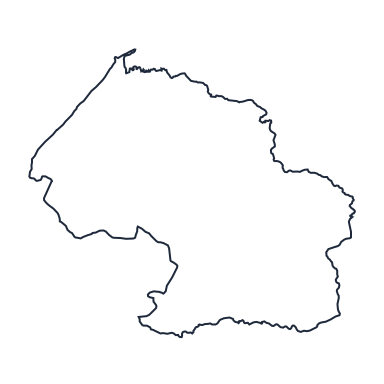 Liúpo, Nampula, Mozambique, rotated 177°
{"feature_id": "85939544B62807674730552", "entity_name": "Liúpo", "entity_type": "district", "adm_level": 2, "iso_a3": "MOZ", "parent_name": "Mozambique", "parent_adm1": "Nampula", "projection": "albers", "projection_center": [40.01, -15.693], "detail": "fine", "context": "isolated", "style": "outline", "palette": "slate", "viewbox_px": 384, "rotation_deg": 177, "n_neighbors": 0, "source": "geoboundaries", "source_scale": "gbopen_adm2", "svg_char_len": 5901}
<svg xmlns="http://www.w3.org/2000/svg" viewBox="0 0 384 384"><g transform="rotate(177 192 192)"><path d="M251.9,319.4L252.6,320.2L252.9,321.4L253.1,328.3L252.4,330.9L251.3,331.6L247.1,332.4L244.7,334.1L243.1,334.4L241.7,335.7L241.2,337.2L242.0,337.4L247.1,335.3L249.6,334.0L253.5,332.5L258.9,329.6L261.1,330.8L261.8,330.6L262.2,329.5L261.7,327.8L261.9,325.8L264.0,323.5L265.9,320.6L267.5,319.2L273.0,311.2L275.6,308.2L282.3,301.9L287.1,298.2L295.4,288.5L298.9,286.3L302.4,282.9L303.1,281.0L305.3,279.0L307.8,275.3L314.8,268.9L317.1,266.1L323.6,260.9L323.9,261.0L327.9,256.6L336.0,249.9L343.6,242.4L347.1,236.2L350.1,233.2L350.2,230.1L350.9,227.0L350.9,223.3L352.7,220.7L353.6,215.9L352.9,214.7L351.3,214.1L349.4,213.9L348.1,212.9L347.6,211.9L346.3,211.2L342.8,211.9L342.0,212.4L340.9,215.2L340.2,215.5L337.3,215.2L334.5,213.3L332.7,212.5L331.5,211.0L331.3,210.0L331.8,209.7L340.1,193.6L340.1,191.5L338.1,188.8L335.8,186.4L331.2,182.6L327.3,178.0L326.5,176.2L325.5,172.3L325.5,169.5L324.2,168.9L319.7,164.7L318.3,160.7L315.9,158.4L313.8,157.1L311.7,153.4L311.0,152.8L305.5,151.5L303.3,152.7L298.2,154.4L295.1,155.1L294.1,155.5L293.5,156.3L290.3,156.5L286.3,158.2L282.3,158.2L280.1,157.0L277.1,153.5L273.9,150.8L272.6,150.4L266.0,149.8L260.2,148.7L253.1,148.6L251.4,149.2L251.0,149.8L250.3,152.2L248.8,155.6L248.5,159.0L247.9,160.3L244.0,158.0L240.6,154.7L236.9,152.9L235.1,150.3L230.0,144.7L228.4,143.6L226.0,143.4L223.2,142.5L218.8,139.9L217.8,136.8L217.1,124.8L216.6,124.0L213.9,122.4L211.1,120.1L210.5,119.0L210.8,117.4L216.2,107.9L222.0,99.7L223.4,94.4L225.1,92.6L226.0,92.0L227.5,93.1L228.9,93.4L229.5,93.9L235.5,94.8L239.5,93.7L241.4,91.9L241.3,90.2L239.7,89.1L236.1,88.1L236.2,84.6L233.7,80.8L233.5,79.6L234.0,78.0L235.0,77.0L241.1,71.6L244.0,70.4L251.8,70.0L250.9,67.6L251.0,65.4L248.6,61.7L247.5,61.1L244.0,60.9L240.9,59.0L240.1,56.9L238.4,56.5L230.9,52.4L228.1,52.6L224.1,51.7L219.5,52.5L217.5,51.6L215.7,49.9L213.3,50.0L212.8,48.7L211.8,47.9L209.9,47.6L209.4,49.1L209.4,50.8L208.7,52.3L208.0,52.8L206.2,53.1L205.4,52.9L204.2,51.8L203.4,51.6L200.4,51.7L199.2,50.7L197.9,52.0L197.9,53.1L195.8,55.8L195.7,56.3L194.9,56.9L193.4,57.1L192.2,58.1L192.3,58.9L191.5,59.3L189.6,58.7L188.2,58.7L186.3,59.4L182.6,59.5L180.7,59.8L179.0,58.7L175.3,58.5L173.4,59.5L171.1,62.5L170.0,63.1L166.9,64.2L161.2,64.7L157.7,63.1L157.3,61.6L155.5,59.9L153.4,59.5L152.4,58.6L151.7,59.3L152.0,59.9L151.6,60.6L149.9,60.6L148.3,61.4L147.4,60.7L146.8,58.8L146.0,58.2L143.1,58.5L141.7,56.7L137.4,58.6L134.4,58.9L130.5,57.6L129.6,56.9L128.9,57.1L128.9,58.5L126.5,59.0L124.6,57.5L122.1,56.7L119.0,54.1L117.4,54.0L115.0,55.5L113.7,55.3L110.7,52.4L108.1,51.8L106.1,52.9L104.7,52.7L102.8,50.6L101.7,50.0L101.1,50.0L100.0,50.9L99.2,52.7L98.1,53.4L97.1,53.2L95.5,51.5L94.6,49.2L93.5,47.7L90.7,46.6L87.4,47.6L84.7,47.0L81.7,47.4L75.0,50.3L74.0,51.1L73.9,52.4L72.1,54.1L69.8,54.9L65.1,55.5L60.1,57.5L55.3,60.1L51.2,61.2L50.7,62.9L51.8,65.1L52.4,67.2L52.6,72.5L51.0,78.4L50.9,80.7L51.8,82.4L52.6,85.6L52.2,86.9L50.3,88.8L49.7,91.2L50.1,93.0L52.0,93.9L52.6,94.7L53.0,96.3L52.9,97.1L50.8,99.9L51.3,102.0L51.1,105.7L52.0,107.8L53.3,108.3L54.9,110.0L55.5,111.2L55.8,114.5L56.5,115.1L58.0,117.4L59.4,118.6L59.9,119.4L60.1,120.4L61.0,121.3L61.1,124.8L58.7,127.9L48.9,130.5L47.3,131.6L45.7,134.3L42.6,136.4L40.7,137.2L36.7,137.6L35.6,138.3L35.3,143.9L36.9,154.0L35.8,156.6L33.2,158.6L35.1,159.4L35.2,160.2L33.5,160.8L33.0,161.9L31.4,162.3L31.0,163.2L30.4,163.7L30.5,164.8L31.2,165.7L31.9,166.1L32.4,166.9L33.5,167.4L35.3,169.8L35.0,170.8L32.9,172.2L32.3,174.3L31.1,175.1L30.9,175.8L31.8,177.2L31.7,178.4L32.1,179.0L34.7,179.7L36.3,181.0L38.0,181.2L39.4,181.9L39.7,183.0L40.8,183.5L41.7,184.5L41.3,186.1L41.8,187.6L44.6,188.8L45.5,190.5L47.4,190.9L48.7,190.4L49.9,190.8L51.3,193.1L52.3,195.8L53.4,196.4L55.0,197.7L56.3,199.9L59.2,200.0L61.6,200.8L62.9,202.1L64.5,202.5L65.9,203.7L68.7,204.8L72.2,204.9L74.4,206.0L75.3,208.4L78.4,208.3L81.7,207.2L83.2,206.4L85.3,206.9L90.3,207.0L92.8,208.4L94.1,208.2L96.1,206.8L98.1,207.1L99.3,208.6L99.7,210.4L100.3,211.3L99.9,213.9L101.4,216.2L102.8,217.5L105.2,218.4L108.1,218.6L108.5,219.0L108.8,220.2L108.2,221.3L109.0,224.9L109.4,225.9L110.6,226.4L110.9,227.0L111.0,229.9L109.8,231.3L106.9,233.1L106.8,235.1L107.9,239.5L105.6,244.7L106.5,246.2L109.9,248.6L110.8,250.2L111.1,251.9L110.2,256.5L109.4,256.9L109.1,257.7L109.4,258.5L109.3,259.2L110.7,259.7L111.7,259.0L112.6,258.9L113.2,259.2L115.1,259.3L115.1,257.9L115.7,257.7L116.7,258.2L117.9,257.4L120.7,259.6L119.5,263.1L117.6,263.2L117.0,264.2L113.9,265.6L113.4,267.3L114.3,269.2L115.3,270.2L118.5,272.1L119.4,273.2L122.3,274.5L123.6,276.4L125.6,278.1L126.1,279.5L127.0,280.3L128.5,280.9L131.4,280.9L136.4,279.6L139.7,279.4L140.1,279.1L142.4,280.4L150.9,281.8L152.0,283.2L154.2,283.3L155.8,285.1L157.3,286.1L160.5,286.4L161.8,287.0L162.7,287.0L163.5,285.7L168.0,286.3L168.3,286.7L167.7,288.0L167.9,288.4L168.7,288.4L169.2,288.8L170.4,290.1L171.0,291.6L170.4,293.1L171.4,297.2L171.8,297.6L172.7,298.2L173.3,298.2L175.2,300.3L178.6,301.1L180.3,301.0L181.9,302.0L183.4,302.0L187.3,303.1L192.0,308.7L192.4,310.0L193.2,310.9L195.9,310.8L197.7,310.3L201.0,308.7L202.1,308.8L202.5,308.3L204.5,308.2L205.5,307.0L206.4,306.9L207.4,307.6L208.1,309.2L210.6,312.7L211.2,315.2L212.2,315.0L213.7,316.6L214.6,316.4L216.1,316.9L215.8,315.6L216.0,314.8L217.6,315.4L221.3,314.7L222.2,315.4L222.5,316.6L223.8,317.1L224.9,316.2L226.8,316.3L227.7,314.5L228.6,314.8L229.0,315.8L229.4,315.3L229.2,314.4L230.1,314.4L231.4,315.6L231.8,315.2L231.6,314.4L233.2,314.2L234.1,314.7L233.7,316.5L234.1,317.0L234.8,315.5L235.1,315.3L235.5,315.9L235.8,315.9L236.4,315.3L237.2,318.5L237.8,319.4L239.0,319.2L240.6,317.6L241.0,317.8L240.9,319.4L241.2,319.9L241.8,320.3L243.0,320.4L244.0,319.9L244.3,319.3L243.7,317.7L244.2,316.8L244.9,316.7L246.4,318.6L247.6,318.5L248.3,315.0L251.5,314.0L251.7,314.6L251.4,317.8L251.9,319.4Z" fill="none" stroke="#1e293b" stroke-width="2"/></g></svg>